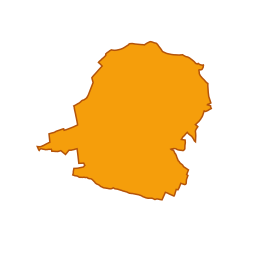 the district of Bala, Mures, Romania, rotated 161°
{"feature_id": "2599482B91392200314652", "entity_name": "Bala", "entity_type": "district", "adm_level": 2, "iso_a3": "ROU", "parent_name": "Romania", "parent_adm1": "Mures", "projection": "albers", "projection_center": [24.501, 46.719], "detail": "fine", "context": "isolated", "style": "filled", "palette": "amber", "viewbox_px": 256, "rotation_deg": 161, "n_neighbors": 0, "source": "geoboundaries", "source_scale": "gbopen_adm2", "svg_char_len": 5721}
<svg xmlns="http://www.w3.org/2000/svg" viewBox="0 0 256 256"><g transform="rotate(161 128 128)"><path d="M99.6,207.1L100.5,206.5L105.4,205.3L107.1,205.0L109.3,204.9L111.6,205.1L113.9,205.4L115.7,205.9L117.3,206.7L118.3,207.3L120.4,206.9L121.3,206.5L122.5,206.2L123.1,206.1L124.5,205.4L124.9,205.3L125.2,204.5L125.3,204.0L125.9,203.6L126.3,203.4L127.3,202.9L128.5,202.4L128.9,202.2L129.7,202.0L130.1,201.8L130.4,201.6L131.7,201.0L133.5,200.3L134.6,199.6L133.4,197.5L132.3,195.0L136.8,192.5L141.4,189.9L142.9,189.1L144.8,188.0L145.8,187.3L146.0,185.6L146.0,185.0L146.1,183.7L146.1,183.2L146.2,182.6L146.2,182.3L154.9,172.0L155.8,171.2L156.2,170.9L156.5,170.6L156.8,170.4L156.7,170.3L156.7,170.2L156.8,170.1L157.0,170.0L158.4,169.5L160.3,169.0L160.8,168.9L161.4,169.0L161.8,169.0L162.0,169.0L162.7,168.9L163.0,168.8L163.6,168.5L164.4,168.1L165.2,167.8L165.8,167.6L166.1,167.5L167.6,167.3L169.9,166.8L170.5,166.7L172.1,166.5L172.0,165.8L172.0,165.5L172.4,163.9L172.4,163.5L172.6,162.4L173.0,158.7L173.2,157.3L173.4,156.0L173.6,154.1L173.8,152.9L174.0,151.2L174.2,150.0L174.4,148.4L174.7,147.3L179.2,146.8L186.6,146.5L189.1,146.6L189.1,148.2L189.7,148.3L193.9,148.3L197.0,148.3L198.8,147.9L200.0,147.9L201.9,148.1L204.6,148.2L206.5,140.0L207.7,139.9L208.0,139.9L208.6,139.7L209.0,139.7L210.0,139.6L213.0,139.1L214.1,138.9L214.1,139.0L214.5,139.0L215.1,138.9L216.1,138.8L216.4,138.8L217.4,139.0L218.3,139.3L219.8,140.0L219.7,138.6L219.6,137.1L219.4,135.9L219.3,135.7L218.4,136.4L217.6,136.7L217.4,136.7L217.0,136.7L216.6,136.5L216.0,136.1L215.4,135.7L214.8,135.4L214.0,135.0L213.3,134.5L212.7,134.3L211.4,133.9L210.5,133.8L209.7,133.6L209.1,133.4L208.1,133.0L207.7,132.9L207.4,132.8L207.4,131.9L207.5,131.5L207.6,130.8L205.9,130.2L204.6,129.6L202.5,128.8L201.9,128.6L199.9,128.5L199.6,128.5L198.9,128.5L195.7,123.3L191.1,126.2L188.8,125.5L187.5,125.4L186.2,125.2L185.1,125.2L182.9,125.0L183.8,120.5L186.0,110.6L181.3,109.2L181.0,106.7L181.6,106.5L182.1,106.0L182.8,105.7L183.6,105.7L184.2,105.8L186.3,106.1L188.3,106.3L189.3,106.5L192.3,107.4L192.4,107.2L193.3,105.7L194.0,104.4L194.4,103.2L195.5,101.6L193.8,100.2L193.4,100.0L193.0,99.8L192.5,99.6L191.2,98.7L190.3,97.5L189.9,97.2L188.9,96.8L188.6,96.8L188.0,96.5L187.3,96.2L187.1,96.1L186.0,95.9L185.2,95.6L184.8,95.2L184.4,95.0L183.9,94.9L183.2,94.7L182.8,94.5L182.5,94.3L182.2,93.5L182.0,93.3L180.7,92.5L179.8,92.2L179.1,91.6L178.4,90.5L177.0,87.5L176.9,86.9L176.6,86.4L176.4,86.0L176.0,85.6L175.6,85.0L175.2,84.7L174.6,84.2L174.2,83.8L173.9,83.4L172.8,81.6L172.5,81.3L171.8,80.7L171.3,80.1L170.6,79.5L170.3,79.3L168.7,78.5L168.2,78.2L167.0,77.6L165.9,76.9L164.6,76.3L163.9,76.1L163.4,76.0L163.1,76.0L162.7,76.0L162.2,76.1L161.7,76.2L161.3,76.2L161.2,76.1L160.5,75.1L160.3,74.9L159.8,74.6L158.6,74.0L158.2,73.8L157.8,73.6L156.5,72.6L155.0,71.5L154.1,70.9L153.8,70.6L153.0,69.9L152.4,69.6L150.9,68.5L150.4,68.2L150.2,68.1L149.7,67.6L149.2,67.1L147.9,65.9L146.9,65.4L145.7,64.8L145.1,64.6L144.3,64.1L143.6,63.7L141.4,62.4L139.6,61.4L138.9,60.8L138.2,60.3L137.3,59.5L136.6,58.6L135.8,57.8L135.3,57.5L134.1,56.4L133.2,55.8L132.0,55.1L130.2,54.5L128.9,54.1L127.9,53.6L127.0,52.8L126.1,51.8L125.9,51.7L125.6,51.6L125.3,51.6L124.1,51.6L123.4,51.4L122.9,51.1L122.0,50.6L121.7,50.4L121.3,50.1L119.6,49.2L119.2,49.0L113.6,55.0L111.9,53.7L111.3,53.1L110.8,52.5L106.7,48.7L105.7,49.6L104.3,51.6L103.4,52.8L102.4,54.2L100.9,53.3L99.0,55.0L96.1,58.5L92.9,56.1L91.9,56.0L91.1,56.6L90.5,57.9L89.9,59.3L89.5,60.2L89.1,60.7L86.8,63.6L87.7,64.9L84.5,68.7L88.0,73.3L88.1,73.5L88.4,75.1L89.1,76.3L89.4,76.7L90.1,77.9L90.4,78.6L90.5,79.4L90.7,79.9L90.9,80.4L91.2,80.7L91.2,81.9L91.4,84.7L91.3,86.0L91.4,87.1L91.5,88.1L91.7,88.3L91.9,88.5L92.0,89.0L91.9,89.4L92.0,90.0L92.1,90.8L92.2,91.6L92.5,92.1L92.8,92.4L93.8,93.2L94.2,93.6L94.4,94.0L93.2,94.0L92.5,93.8L91.8,93.6L91.5,93.7L91.2,93.6L90.4,93.2L89.8,93.0L89.3,92.6L88.9,92.1L88.7,91.8L88.0,91.2L87.0,90.6L86.3,90.2L85.5,89.8L84.7,89.5L84.0,89.0L83.4,88.8L83.2,88.7L82.8,88.8L82.4,88.9L81.7,89.3L81.1,89.7L79.8,93.1L78.6,95.4L77.9,98.0L81.3,99.8L78.9,101.8L77.3,102.4L75.4,103.6L73.4,104.6L73.2,103.9L72.3,102.1L71.0,100.1L70.5,99.5L70.3,98.7L69.7,96.5L69.6,95.6L69.4,94.2L68.7,93.0L66.5,98.5L65.9,100.5L65.3,103.1L64.5,104.2L63.6,105.0L61.5,106.5L61.8,107.1L62.1,107.6L62.4,108.1L62.6,108.2L62.8,108.7L63.1,109.4L62.2,109.6L61.3,110.1L60.5,110.5L59.0,111.1L58.2,111.6L56.6,112.6L55.7,113.4L54.4,114.4L53.5,115.3L51.6,117.8L51.1,118.5L50.8,118.9L50.4,119.3L50.1,118.9L49.6,118.5L49.1,118.4L47.0,118.5L44.9,119.0L42.9,119.3L43.0,120.8L42.9,121.3L42.7,122.1L45.4,124.1L45.1,124.4L44.5,124.4L43.7,124.4L41.5,124.7L41.4,131.5L40.5,135.7L39.5,139.3L38.8,141.9L38.0,144.1L38.4,144.5L39.3,146.1L40.2,148.4L41.5,151.0L42.6,153.8L42.9,156.1L42.5,157.6L42.2,159.4L42.1,159.7L41.8,159.9L41.4,159.8L40.7,159.4L40.3,159.3L39.8,159.3L39.4,159.3L39.1,159.3L38.7,159.5L37.3,160.8L37.0,161.3L36.8,161.8L36.4,162.4L36.2,162.9L36.2,163.1L36.4,163.2L37.0,163.1L37.3,163.2L37.6,163.4L38.4,163.9L39.3,164.5L39.6,164.8L40.1,165.4L40.4,166.1L40.5,166.2L40.8,166.2L41.0,166.1L41.3,166.0L41.6,166.0L41.8,166.0L42.1,166.5L42.4,166.7L42.7,166.8L42.9,166.9L43.0,167.1L43.2,167.4L43.2,167.8L43.8,169.2L44.5,170.4L45.5,172.0L46.3,173.1L47.0,174.2L47.8,175.0L48.3,175.6L50.1,176.7L51.9,178.6L52.5,179.5L53.1,179.6L54.5,180.0L55.5,180.2L57.3,180.9L59.0,181.6L60.8,182.3L62.6,183.2L63.4,183.6L64.0,184.0L66.2,185.3L67.5,186.2L70.0,188.6L70.5,189.1L70.9,190.9L71.4,192.7L72.3,195.2L72.8,197.1L73.4,198.5L73.8,199.0L75.3,199.9L77.1,201.4L78.2,202.1L78.8,202.4L79.6,202.4L81.1,202.2L82.2,202.1L84.7,201.5L85.3,201.2L86.9,202.0L88.2,202.5L91.5,204.0L93.5,204.9L94.3,205.3L96.1,206.3L97.2,206.7L98.7,207.1L99.6,207.1Z" fill="#f59e0b" stroke="#b45309" stroke-width="1.5"/></g></svg>